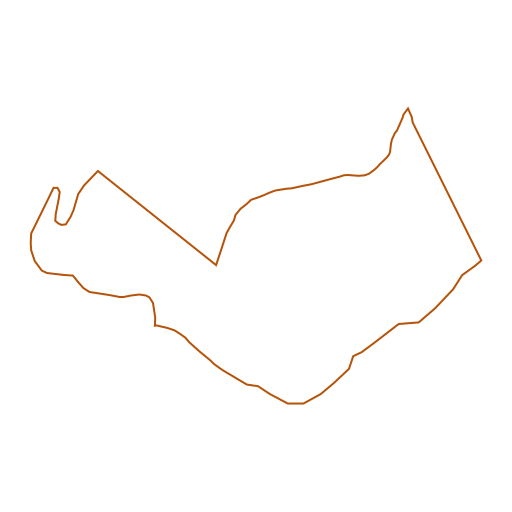 outline of Christian Hill, Choiseul, Saint Lucia
{"feature_id": "8701671B2341246797828", "entity_name": "Christian Hill", "entity_type": "district", "adm_level": 2, "iso_a3": "LCA", "parent_name": "Saint Lucia", "parent_adm1": "Choiseul", "projection": "robinson", "projection_center": [-61.047, 13.774], "detail": "fine", "context": "isolated", "style": "outline", "palette": "amber", "viewbox_px": 512, "rotation_deg": 0, "n_neighbors": 0, "source": "geoboundaries", "source_scale": "gbopen_adm2", "svg_char_len": 1551}
<svg xmlns="http://www.w3.org/2000/svg" viewBox="0 0 512 512"><path d="M481.3,260.5L412.7,122.5L411.7,116.9L409.1,111.0L408.0,108.5L403.6,114.4L402.5,117.9L399.9,123.9L397.9,128.4L397.0,130.5L394.9,133.1L391.9,139.6L391.0,143.6L390.1,151.5L389.3,154.2L387.2,157.0L383.9,160.3L380.0,164.0L377.2,167.2L374.3,169.8L370.3,172.8L368.6,173.9L364.4,175.4L358.5,175.8L350.5,175.2L348.5,175.0L344.2,175.2L339.6,176.7L328.4,179.6L311.6,184.2L303.1,185.8L291.8,188.3L285.9,188.8L275.4,190.5L269.9,192.5L263.8,195.2L257.3,197.7L251.1,199.8L246.3,204.3L240.6,208.7L235.5,214.9L234.0,220.3L229.3,228.2L226.6,233.0L222.4,246.0L216.1,265.1L97.9,171.0L84.0,185.5L78.2,194.1L73.5,210.2L70.6,216.8L65.8,224.4L61.4,224.9L58.3,223.4L55.3,220.9L55.7,214.4L58.8,198.4L59.7,191.9L57.5,187.9L53.5,187.9L48.7,197.9L34.7,226.4L31.2,233.4L30.7,242.9L31.2,250.4L34.7,261.0L41.7,270.5L46.9,273.0L64.0,275.0L71.9,275.5L72.8,275.5L78.5,282.5L83.3,288.0L89.5,292.0L109.2,295.0L119.7,297.0L123.6,297.0L131.1,295.5L139.4,294.5L146.0,295.5L149.5,297.5L153.0,303.0L155.2,317.5L154.9,325.7L156.3,325.4L166.8,327.8L174.2,330.2L177.3,332.1L178.3,332.7L179.9,333.8L185.5,337.8L189.4,342.4L196.0,348.3L199.8,351.7L209.2,359.4L211.1,361.1L213.9,363.9L219.5,368.0L223.5,370.7L238.3,379.5L247.0,384.6L249.1,384.9L258.0,386.2L269.8,394.0L287.7,403.5L303.5,403.5L320.8,394.0L333.9,383.0L349.0,368.8L353.2,356.2L359.3,353.3L361.5,352.3L368.9,346.8L375.2,342.1L398.7,324.0L418.7,322.4L435.2,308.2L453.1,289.3L462.1,275.2L475.2,265.7L481.3,260.5Z" fill="none" stroke="#b45309" stroke-width="2"/></svg>